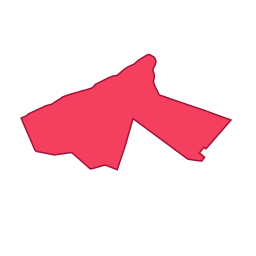 SVG path tracing the border of Jordan, rotated 55°
{"feature_id": "JOR", "entity_name": "Jordan", "entity_type": "country or territory", "adm_level": 0, "iso_a3": "JOR", "parent_name": "Asia", "parent_adm1": "", "projection": "equal_earth", "projection_center": [36.712, 31.281], "detail": "fine", "context": "isolated", "style": "filled", "palette": "rose", "viewbox_px": 256, "rotation_deg": 55, "n_neighbors": 0, "source": "natural_earth", "source_scale": "50m", "svg_char_len": 1226}
<svg xmlns="http://www.w3.org/2000/svg" viewBox="0 0 256 256"><g transform="rotate(55 128 128)"><path d="M86.0,65.9L89.4,66.8L91.4,68.8L94.6,74.4L99.7,76.0L101.8,77.6L104.6,80.6L108.0,81.7L118.7,83.5L127.3,77.3L134.6,72.0L142.8,66.0L148.4,61.9L157.9,54.9L164.2,50.6L172.4,44.8L180.5,39.1L182.9,48.4L185.1,57.5L187.5,66.9L189.8,76.1L187.4,77.0L189.4,84.0L192.5,82.9L195.9,82.1L197.4,86.6L192.8,91.7L188.1,96.6L187.0,97.2L180.9,99.2L168.3,103.4L159.9,106.2L149.2,109.8L140.3,112.8L131.4,115.8L123.2,118.5L127.9,124.3L135.1,133.2L139.9,139.1L145.6,146.7L150.6,153.5L156.0,160.8L152.3,163.2L146.1,167.3L145.4,168.0L144.9,168.7L142.4,176.0L140.4,181.7L139.7,182.4L131.0,184.5L122.3,186.6L116.7,187.9L115.1,189.4L111.5,196.5L107.8,203.8L101.5,209.8L94.6,216.5L92.9,216.9L87.9,215.9L79.4,214.1L71.1,212.5L65.5,211.3L58.6,209.9L59.7,204.3L59.4,201.2L61.1,191.3L62.0,186.6L62.5,183.1L64.9,176.1L64.7,173.8L65.2,165.7L65.0,164.1L66.1,159.7L68.1,153.4L70.1,147.9L70.8,145.4L72.8,140.2L74.7,133.8L73.7,130.3L73.5,129.6L74.2,125.6L75.1,119.0L75.6,115.5L76.7,110.8L78.6,106.9L77.8,97.6L77.9,92.6L79.1,86.9L78.5,80.2L79.1,70.8L79.2,69.9L79.9,68.7L80.4,68.1L84.4,66.2L86.0,65.9Z" fill="#f43f5e" stroke="#9f1239" stroke-width="1.5"/></g></svg>